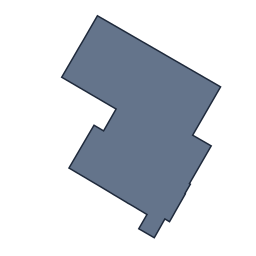 outline of Mayor Luis J. Fontana, Chaco, Argentina, rotated 210°
{"feature_id": "61730980B614313343840", "entity_name": "Mayor Luis J. Fontana", "entity_type": "district", "adm_level": 2, "iso_a3": "ARG", "parent_name": "Argentina", "parent_adm1": "Chaco", "projection": "equal_earth", "projection_center": [-60.743, -27.701], "detail": "fine", "context": "isolated", "style": "filled", "palette": "slate", "viewbox_px": 256, "rotation_deg": 210, "n_neighbors": 0, "source": "geoboundaries", "source_scale": "gbopen_adm2", "svg_char_len": 831}
<svg xmlns="http://www.w3.org/2000/svg" viewBox="0 0 256 256"><g transform="rotate(210 128 128)"><path d="M210.8,138.8L190.3,138.7L154.2,138.5L147.8,138.5L147.7,113.3L148.4,113.3L158.8,113.4L158.9,101.1L159.1,63.8L148.7,63.7L129.0,63.5L127.9,63.5L127.2,63.5L109.1,63.2L107.0,63.1L105.0,63.1L92.4,62.9L90.3,62.8L88.2,62.9L69.5,62.6L68.3,62.6L68.3,47.9L68.3,46.1L50.4,46.1L50.4,48.1L50.4,50.9L50.6,67.1L50.6,67.7L45.2,67.6L45.2,72.6L45.3,80.8L45.4,99.6L45.5,99.6L45.9,99.7L45.9,99.8L45.9,110.5L47.0,110.5L47.0,113.3L47.0,151.6L47.0,154.1L49.5,154.1L59.6,154.1L68.4,154.1L68.4,182.6L68.4,184.7L68.4,191.5L68.4,200.7L68.4,209.5L68.4,209.9L106.8,209.9L122.9,209.9L125.8,209.9L210.6,209.9L210.6,180.5L210.7,173.2L210.7,164.4L210.7,163.7L210.7,161.1L210.8,139.1L210.8,138.8Z" fill="#64748b" stroke="#1e293b" stroke-width="1.5"/></g></svg>